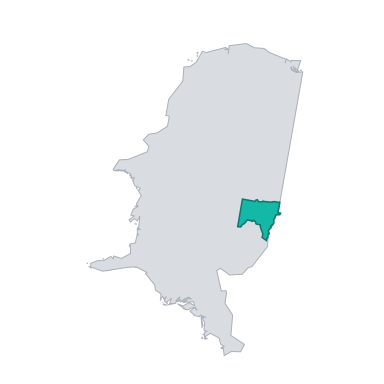 where Minnesota sits in United States of America, rotated 100°
{"feature_id": "USA-3514", "entity_name": "Minnesota", "entity_type": "State", "adm_level": 1, "iso_a3": "USA", "parent_name": "United States of America", "parent_adm1": "", "projection": "equal_earth", "projection_center": [-93.694, 46.435], "detail": "fine", "context": "in_parent", "style": "filled", "palette": "teal", "viewbox_px": 384, "rotation_deg": 100, "n_neighbors": 0, "source": "natural_earth", "source_scale": "10m", "svg_char_len": 7562}
<svg xmlns="http://www.w3.org/2000/svg" viewBox="0 0 384 384"><g transform="rotate(100 192 192)"><path d="M306.2,130.6L326.5,128.8L333.0,113.9L340.9,116.4L342.3,125.7L347.6,131.9L340.0,134.1L339.8,135.8L338.3,133.6L336.8,137.4L331.1,139.9L328.0,149.4L331.8,153.5L334.1,153.0L333.3,151.2L334.1,152.0L334.5,154.0L328.0,155.4L326.6,153.2L326.2,156.2L318.6,156.8L313.1,160.7L313.6,158.5L312.9,157.1L311.8,162.3L313.5,163.2L313.3,167.6L309.8,173.3L305.5,169.8L307.7,166.2L305.1,168.7L306.5,172.7L308.4,175.0L308.8,177.6L304.6,186.9L305.7,181.0L301.4,175.5L303.6,169.6L299.8,171.4L301.8,180.0L297.9,177.4L296.6,177.7L297.6,175.0L297.5,174.2L296.4,176.3L296.5,178.1L302.3,181.5L301.2,183.0L298.4,180.0L297.5,179.5L300.9,183.1L302.3,183.8L301.6,186.0L299.8,184.3L302.7,187.7L302.1,188.1L300.7,186.4L297.1,185.6L301.6,188.8L304.4,188.7L307.6,196.9L304.8,190.6L305.8,194.7L300.6,193.8L304.6,197.8L306.3,196.7L304.3,200.4L299.3,199.1L302.4,201.0L299.9,202.8L303.0,204.2L297.6,205.0L295.0,211.0L289.9,212.7L280.5,223.6L279.1,222.4L275.8,232.5L275.6,235.0L277.5,242.8L285.5,266.2L283.4,278.7L279.7,279.4L275.9,272.7L275.0,267.2L269.6,260.8L271.3,257.9L268.7,258.0L269.6,249.9L263.2,241.8L253.8,243.7L252.0,239.0L242.7,238.6L243.9,236.8L242.3,238.6L238.1,239.4L238.0,235.9L237.3,238.4L224.6,239.1L230.0,240.9L228.2,244.2L232.3,247.4L230.3,249.2L225.6,244.8L225.4,248.2L219.0,246.8L215.5,242.5L213.4,244.7L204.2,241.4L198.8,246.0L200.2,244.7L197.3,243.5L195.8,249.3L190.1,253.0L191.5,251.9L187.8,251.3L189.0,253.2L184.7,255.7L183.0,262.1L181.1,261.1L182.7,262.8L182.9,268.7L184.6,272.4L183.3,273.6L173.0,269.1L170.9,260.4L160.3,243.2L154.7,242.3L149.1,249.0L142.6,244.5L139.9,236.7L131.5,227.6L121.3,227.5L121.1,231.0L104.7,231.0L84.3,220.3L70.3,221.7L68.9,215.9L63.5,210.4L51.7,206.2L52.1,202.1L43.9,184.1L44.4,182.2L46.2,184.5L45.3,180.6L49.8,180.3L41.5,180.8L36.4,164.3L39.1,155.6L38.1,146.0L41.2,139.8L45.0,122.3L49.0,122.7L44.6,121.9L46.6,117.2L45.1,117.3L43.8,107.7L53.6,109.3L50.8,114.4L54.6,110.8L53.7,115.0L51.1,116.1L52.8,116.2L54.9,114.5L56.2,110.2L54.5,103.7L197.4,103.7L197.5,101.2L200.2,105.3L216.4,109.9L232.7,108.2L255.3,120.1L256.4,123.2L264.3,128.3L267.2,140.6L262.3,150.7L265.0,154.0L284.4,146.0L283.3,141.4L285.0,140.5L295.8,140.2L306.2,130.6ZM321.1,159.0L324.3,158.4L313.0,161.5L322.2,157.8L321.1,159.0ZM54.7,107.7L55.6,110.4L55.4,110.8L53.9,108.8L54.7,107.7ZM184.5,271.3L183.2,266.1L183.3,263.1L183.5,266.3L184.5,271.3ZM340.9,134.4L341.0,135.9L340.5,135.6L340.9,134.4ZM215.6,244.0L215.9,245.2L214.9,244.3L215.6,244.0ZM56.0,210.8L57.4,210.2L57.5,210.3L56.0,210.8ZM54.6,210.4L53.9,211.2L53.5,210.5L54.6,210.4ZM331.1,155.6L330.2,156.5L330.0,156.3L331.1,155.6ZM184.1,260.4L183.3,262.8L185.2,258.2L184.1,260.4ZM283.1,258.4L284.6,263.1L282.9,258.0L283.1,258.4ZM62.8,214.5L63.3,215.7L62.7,214.6L62.8,214.5ZM284.0,279.4L282.9,280.9L284.7,277.8L284.0,279.4ZM308.2,199.6L307.1,201.3L307.8,197.2L308.2,199.6ZM53.6,105.5L53.5,106.3L53.0,105.9L53.6,105.5ZM189.1,254.2L187.1,255.2L189.1,253.8L189.1,254.2ZM334.2,156.0L334.3,157.1L333.3,156.8L334.2,156.0ZM62.5,217.9L62.8,219.4L62.3,218.1L62.5,217.9ZM186.6,256.1L185.7,256.7L186.5,255.8L186.6,256.1ZM308.5,179.4L307.3,181.6L308.6,178.5L308.5,179.4ZM198.2,247.0L196.9,247.9L198.8,246.4L198.2,247.0ZM276.1,233.7L275.9,235.6L275.8,234.3L276.1,233.7ZM303.5,204.5L303.1,204.8L304.3,203.5L303.5,204.5ZM257.2,243.3L255.6,244.3L255.0,244.1L257.2,243.3ZM237.5,239.1L237.2,239.4L236.3,239.4L237.5,239.1ZM273.3,267.3L273.6,268.7L273.0,267.0L273.3,267.3ZM233.4,241.7L233.2,243.0L233.1,240.8L233.4,241.7ZM280.6,282.7L279.7,282.8L280.9,282.4L280.6,282.7ZM313.1,168.4L312.5,169.5L313.2,167.9L313.1,168.4ZM306.1,201.7L305.6,202.1L306.1,201.7Z" fill="#d9dde1" stroke="#a8b0b8" stroke-width="1"/><path d="M186.8,103.7L197.4,103.7L197.5,101.2L197.8,101.3L198.4,101.3L198.7,101.3L199.0,101.5L199.2,102.0L199.3,102.1L199.3,102.5L199.3,102.8L199.8,104.2L199.7,104.7L199.7,104.8L199.8,104.9L199.8,105.0L200.4,105.4L200.7,105.6L200.9,105.6L201.8,105.5L202.0,105.5L202.1,105.9L204.1,106.0L204.3,106.2L204.4,106.6L204.6,106.8L205.4,106.7L205.5,106.8L205.7,106.7L206.1,106.6L206.3,106.4L206.5,106.2L207.3,106.1L208.7,106.1L208.9,106.2L209.2,106.4L210.0,106.6L210.4,106.7L210.5,106.8L210.2,107.0L210.2,107.3L210.3,107.3L210.9,107.3L211.1,107.3L211.3,107.4L211.4,107.5L211.4,107.9L211.4,108.1L211.5,108.2L211.7,108.4L211.8,108.7L211.9,108.8L212.0,108.8L212.1,108.7L212.3,108.7L212.3,108.3L212.3,108.2L212.5,108.0L213.0,107.9L213.5,107.9L213.6,108.0L213.7,108.3L213.8,108.5L214.0,108.7L214.6,109.0L215.1,109.0L215.3,109.1L215.4,109.3L215.3,109.5L215.8,109.7L216.0,109.7L216.0,109.8L216.5,109.9L216.7,110.0L216.8,110.0L217.2,109.9L217.6,109.8L217.8,109.7L218.0,109.5L218.7,109.1L218.9,109.0L219.0,109.0L219.4,108.7L219.7,108.7L219.9,108.8L219.8,109.0L220.0,109.1L220.1,109.3L220.1,109.5L220.4,109.7L220.6,109.7L221.1,109.6L221.3,109.6L221.5,109.7L221.8,109.7L223.3,109.5L223.6,109.5L223.9,109.6L224.2,110.1L224.3,110.1L224.7,110.3L224.8,110.4L225.3,110.2L225.5,110.1L225.8,110.2L226.1,110.2L226.4,110.3L226.9,110.3L224.6,115.1L221.0,114.9L216.7,117.5L214.1,118.8L213.4,118.6L213.2,118.7L213.1,118.8L212.9,118.9L212.9,119.0L212.8,119.3L212.7,119.3L212.4,119.3L212.4,123.2L212.3,123.3L212.2,123.4L212.1,123.5L211.9,123.6L211.7,123.6L211.5,123.8L211.4,123.9L211.2,123.9L211.1,124.0L210.9,124.1L210.5,124.3L210.4,124.3L210.1,124.6L209.9,124.9L209.9,125.1L209.8,125.3L209.3,125.7L209.3,125.8L209.2,126.5L209.3,126.7L209.6,126.8L209.8,126.7L210.0,126.8L210.2,127.2L210.2,127.3L210.3,127.4L210.4,127.5L210.5,127.6L210.5,127.9L210.3,128.1L210.3,128.4L210.2,128.5L210.0,128.8L210.0,129.2L209.9,129.3L210.0,129.6L210.0,129.8L210.0,130.0L209.8,130.1L209.8,130.3L209.9,130.6L210.0,130.9L210.0,131.2L209.9,131.3L209.9,131.6L209.9,131.9L209.7,132.4L209.8,132.5L210.2,132.7L210.5,133.0L210.7,133.3L211.0,133.4L211.8,133.5L212.0,133.6L212.3,133.9L212.5,134.2L212.5,134.3L213.3,134.5L213.5,134.6L214.4,135.3L214.6,135.6L215.0,136.4L215.1,136.5L215.3,136.6L215.9,137.1L216.0,137.1L216.6,137.2L216.9,137.4L217.0,137.4L217.0,137.5L217.3,137.5L217.4,137.8L217.5,137.9L217.5,138.0L217.8,138.1L217.9,138.3L218.0,138.3L218.0,138.5L218.0,138.9L218.0,139.0L218.2,139.3L218.2,139.6L218.1,140.0L218.2,140.3L218.2,140.5L218.2,140.8L218.2,141.0L190.2,141.1L190.3,128.6L190.1,128.3L190.1,128.2L189.9,128.1L189.5,127.9L189.1,127.9L188.9,127.6L188.7,127.1L188.3,126.7L188.2,126.5L188.2,126.4L188.3,126.2L188.6,126.0L188.7,125.9L188.8,125.9L189.2,125.7L189.3,125.6L189.4,125.4L189.6,125.1L189.7,124.9L189.8,124.4L189.9,124.2L189.8,123.7L189.8,123.4L189.9,123.2L189.9,122.8L189.8,122.7L189.7,122.4L189.7,122.2L189.7,121.7L189.4,121.3L189.1,120.8L189.1,120.7L189.0,120.4L188.9,120.4L189.0,120.3L189.0,120.1L188.9,119.9L188.9,119.7L188.7,119.5L188.7,119.4L188.8,119.0L188.8,118.9L188.8,118.7L188.7,118.5L188.7,118.4L188.7,118.2L188.8,118.2L188.8,117.9L188.9,117.7L188.8,117.4L188.7,117.4L188.7,117.2L188.6,116.5L188.6,116.4L188.5,116.1L188.6,115.9L188.6,115.7L188.5,115.4L188.5,115.2L188.5,114.4L188.4,114.2L188.5,113.7L188.4,113.5L188.4,113.4L188.5,113.2L188.5,112.9L188.4,112.8L188.3,112.7L188.3,112.4L188.2,112.3L188.2,112.2L188.1,111.8L188.0,111.7L187.9,111.6L187.8,111.4L187.7,111.1L187.7,110.9L187.8,110.8L187.6,110.6L187.5,110.4L187.5,110.1L187.2,109.6L187.2,109.4L187.1,109.1L187.1,108.8L187.2,108.4L187.2,108.2L187.1,107.8L187.1,107.7L187.2,107.4L187.2,107.1L187.0,106.7L187.1,106.4L187.2,106.2L187.4,105.9L187.3,105.6L187.2,105.4L187.1,105.0L187.0,104.7L186.9,104.4L186.8,104.0L186.8,103.9L186.7,103.8L186.8,103.7Z" fill="#14b8a6" stroke="#0f766e" stroke-width="1.5"/></g></svg>